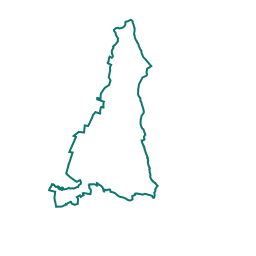 Subcetate, Harghita, Romania, rotated 113°
{"feature_id": "2599482B74327350474583", "entity_name": "Subcetate", "entity_type": "district", "adm_level": 2, "iso_a3": "ROU", "parent_name": "Romania", "parent_adm1": "Harghita", "projection": "orthographic", "projection_center": [25.394, 46.866], "detail": "fine", "context": "isolated", "style": "outline", "palette": "teal", "viewbox_px": 256, "rotation_deg": 113, "n_neighbors": 0, "source": "geoboundaries", "source_scale": "gbopen_adm2", "svg_char_len": 5813}
<svg xmlns="http://www.w3.org/2000/svg" viewBox="0 0 256 256"><g transform="rotate(113 128 128)"><path d="M209.4,176.0L212.1,175.9L212.4,175.9L213.3,176.4L216.1,176.3L215.8,174.2L215.1,170.1L221.1,168.4L224.2,166.5L224.3,166.2L228.6,163.3L227.7,161.6L226.4,158.7L225.9,157.9L224.7,157.0L223.9,156.0L222.2,155.6L222.4,154.6L222.0,154.6L220.9,154.2L218.2,151.9L218.4,151.4L219.5,150.3L219.7,149.6L219.7,149.3L219.5,149.1L219.6,147.1L217.4,144.6L212.7,146.4L212.3,146.8L211.6,148.1L208.8,146.0L209.9,144.6L208.4,143.7L207.3,142.6L206.6,143.4L206.2,143.8L205.7,144.1L205.0,142.8L204.2,139.0L203.9,138.3L203.6,136.8L201.2,137.3L199.6,138.0L198.8,139.1L198.5,139.9L198.1,140.3L197.0,140.7L196.1,141.6L195.8,141.2L195.5,141.1L194.9,141.4L194.4,140.2L193.3,138.0L192.9,136.6L192.8,136.1L192.9,135.3L193.1,134.6L193.3,134.1L193.0,133.8L190.9,135.0L190.9,134.4L191.5,132.2L191.7,130.3L192.5,128.5L193.3,127.4L195.5,125.9L195.5,125.6L195.8,125.1L195.7,125.0L194.3,125.7L194.2,125.5L193.9,125.5L193.7,124.5L193.8,124.5L193.2,123.3L193.4,123.1L192.6,122.3L191.9,121.2L191.7,120.4L192.1,120.1L192.6,119.8L193.3,119.2L193.5,119.1L193.2,117.8L193.0,115.4L193.0,114.8L193.2,114.1L194.2,110.8L194.5,109.6L194.5,108.5L193.8,105.4L193.8,104.7L193.8,103.0L194.3,100.0L194.3,99.2L194.2,98.8L194.0,98.1L193.5,97.2L192.5,96.4L191.8,96.0L189.1,97.5L186.7,95.3L186.3,95.6L186.0,95.8L185.5,95.7L185.3,95.5L185.3,95.1L184.7,94.2L184.8,93.3L184.3,92.4L184.5,92.1L183.8,90.0L183.8,89.9L183.9,89.6L183.8,89.2L183.4,88.2L182.3,87.2L182.1,86.9L181.8,85.7L181.6,85.5L181.7,85.2L181.7,84.7L181.5,83.2L181.5,82.8L181.2,81.5L181.2,80.8L181.0,79.3L181.8,78.5L182.4,77.5L181.8,76.7L179.5,77.2L177.1,78.6L176.0,78.2L175.4,78.2L174.0,78.9L173.3,78.9L171.4,78.6L169.7,78.1L168.9,79.9L168.4,80.9L167.9,81.4L168.1,82.1L167.9,82.5L167.5,83.3L167.6,83.8L167.3,84.0L167.2,84.4L166.9,85.3L166.7,85.7L166.4,85.9L166.0,86.7L164.8,88.0L163.9,88.7L163.1,88.7L162.6,89.1L162.4,89.1L161.4,89.6L161.2,89.8L161.0,90.1L160.3,90.8L159.7,90.9L159.5,91.1L158.6,91.5L157.9,92.2L157.4,92.2L156.8,92.1L156.6,92.1L156.2,92.5L156.2,92.8L156.1,93.0L155.8,93.1L155.3,93.5L155.1,93.8L154.8,94.0L154.6,94.5L153.0,95.5L152.9,95.5L152.7,95.8L152.4,96.1L152.2,96.2L151.3,96.3L150.9,96.7L150.7,96.5L150.4,96.7L150.1,96.7L148.7,97.7L148.4,98.1L148.0,98.3L148.0,98.5L147.8,98.5L147.7,98.4L147.5,98.7L147.1,98.8L147.1,99.0L146.9,99.0L145.7,100.0L145.5,100.4L144.6,101.3L143.8,101.9L143.0,102.8L142.6,103.0L142.2,103.4L141.8,103.6L141.1,104.6L140.5,104.7L140.2,105.0L139.8,105.2L139.6,105.6L139.2,105.6L139.1,105.8L138.8,105.9L138.2,106.7L138.2,107.1L137.8,107.1L136.5,108.7L135.5,109.6L134.2,110.5L134.1,110.1L133.1,108.9L132.2,108.4L131.8,108.4L131.4,108.7L131.0,109.2L130.1,109.9L128.0,109.7L127.4,109.4L126.0,110.8L124.6,112.0L124.1,112.5L123.3,113.1L123.1,113.5L123.0,114.5L121.6,116.2L120.3,117.3L119.2,118.1L118.3,118.4L117.3,119.0L116.6,119.0L115.2,119.7L114.7,119.7L114.4,119.6L113.0,119.9L111.8,120.3L109.7,119.9L108.2,119.5L107.9,119.6L107.4,119.6L107.1,119.6L106.7,120.0L106.2,120.1L105.7,120.6L104.4,121.4L103.0,122.7L102.3,123.2L101.4,124.1L99.7,125.3L98.7,126.3L97.8,127.3L95.6,128.4L95.5,128.6L94.8,130.1L93.9,131.2L92.9,132.0L90.0,133.0L88.9,133.7L88.0,133.8L87.3,134.0L86.7,134.0L85.9,134.4L85.3,134.4L83.7,134.9L75.9,134.4L73.0,131.8L72.3,131.3L71.8,131.4L71.1,131.6L70.4,132.0L69.4,132.8L68.6,133.0L68.0,133.0L66.1,133.5L65.4,133.3L64.3,132.2L61.9,130.8L61.2,132.4L57.7,139.3L56.8,141.6L54.2,144.3L52.7,145.5L51.6,145.9L50.6,147.7L47.9,150.4L46.8,151.2L46.1,152.1L45.6,153.1L44.4,154.2L43.9,155.2L42.2,156.8L40.8,157.9L40.1,158.2L39.5,158.9L38.3,159.4L35.9,159.9L34.9,160.4L33.9,160.7L33.4,161.0L33.2,161.4L31.3,162.8L30.3,163.6L29.6,164.6L28.0,165.4L27.7,166.0L27.4,166.8L27.5,167.9L29.7,169.7L30.4,170.6L30.7,171.3L31.1,171.7L31.7,171.8L32.9,171.2L34.0,170.8L35.2,170.9L35.8,171.2L36.8,171.5L37.4,171.9L38.5,172.9L39.8,175.0L39.8,175.4L39.6,176.3L40.0,176.9L40.6,177.7L40.7,178.1L43.2,179.3L43.7,179.0L44.1,178.6L44.5,178.3L45.0,176.8L46.3,176.0L47.6,174.9L49.5,172.0L51.1,171.9L51.8,171.2L52.9,171.3L55.3,172.0L56.7,172.5L57.6,173.2L59.0,173.6L59.2,173.0L59.8,172.7L60.2,172.7L62.6,173.1L64.1,172.8L65.1,172.2L66.2,171.5L66.8,170.8L67.0,170.5L67.7,170.1L68.6,169.9L69.1,170.0L69.7,170.4L69.5,172.8L71.2,172.8L74.3,171.9L75.7,172.2L76.3,171.9L76.4,168.4L76.4,168.2L79.1,168.3L79.7,168.1L81.0,167.3L81.8,167.0L88.7,165.6L91.1,162.7L94.8,162.3L95.6,162.1L100.5,165.2L106.9,166.4L108.5,166.0L111.8,164.7L112.1,166.6L112.2,168.0L112.3,168.1L112.9,167.9L113.4,167.8L113.7,167.5L113.2,160.5L114.0,160.5L117.1,159.4L118.7,158.5L118.9,158.8L118.9,160.6L119.4,161.0L123.4,160.3L125.1,159.4L125.6,159.3L125.9,162.0L126.0,164.1L127.6,164.6L129.9,165.3L132.6,165.0L136.6,165.3L138.1,165.2L141.8,165.5L142.5,168.8L149.3,166.7L150.9,172.0L151.4,172.0L155.9,174.6L156.5,174.9L156.5,172.4L173.0,172.6L172.2,169.4L182.3,168.5L184.9,168.5L184.9,168.3L194.0,167.1L194.3,166.1L194.8,165.5L195.1,164.1L196.0,161.4L197.0,157.0L197.5,154.1L194.7,151.7L195.6,150.7L196.5,150.1L196.9,149.9L198.2,149.7L198.9,150.4L199.9,150.9L200.5,151.1L201.5,150.8L201.8,150.8L202.0,150.9L202.4,152.0L204.2,153.5L204.8,154.2L205.1,154.7L205.1,155.6L206.1,157.1L206.4,158.0L206.3,158.4L206.2,159.0L206.5,159.3L206.9,159.5L207.5,160.1L208.7,161.6L209.2,162.3L210.0,164.0L210.8,164.4L210.8,164.8L210.6,165.4L210.4,165.7L210.1,165.9L209.9,165.9L209.7,165.7L209.8,165.1L209.8,164.7L209.6,164.5L209.4,164.3L208.8,164.2L208.6,164.4L208.4,164.8L208.7,165.5L209.2,166.2L209.6,166.3L209.9,166.3L210.3,166.1L210.8,166.3L211.1,166.6L211.2,167.0L211.0,167.9L210.7,168.4L210.5,168.6L210.0,168.3L209.4,168.3L209.2,168.5L209.1,169.0L209.1,169.7L209.3,170.1L210.1,170.6L210.4,171.1L210.4,171.8L209.3,173.6L209.2,174.0L209.7,174.7L209.6,175.2L209.2,175.3L209.4,176.0Z" fill="none" stroke="#0f766e" stroke-width="2"/></g></svg>